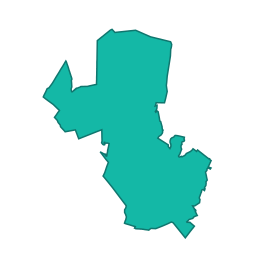 the district of San José Chiltepec, Oaxaca, Mexico, rotated 191°
{"feature_id": "50627088B5602491796839", "entity_name": "San José Chiltepec", "entity_type": "district", "adm_level": 2, "iso_a3": "MEX", "parent_name": "Mexico", "parent_adm1": "Oaxaca", "projection": "orthographic", "projection_center": [-96.132, 17.914], "detail": "fine", "context": "isolated", "style": "filled", "palette": "teal", "viewbox_px": 256, "rotation_deg": 191, "n_neighbors": 0, "source": "geoboundaries", "source_scale": "gbopen_adm2", "svg_char_len": 5379}
<svg xmlns="http://www.w3.org/2000/svg" viewBox="0 0 256 256"><g transform="rotate(191 128 128)"><path d="M213.2,152.4L214.7,151.3L214.9,151.1L215.2,149.8L215.7,147.7L216.4,145.2L216.6,144.5L217.1,142.3L216.4,141.9L215.9,141.7L215.7,141.6L215.4,141.4L214.3,140.8L213.4,140.4L212.4,139.9L206.6,137.2L205.8,136.8L203.2,135.1L200.3,133.2L199.0,132.4L198.6,132.1L199.8,129.8L200.7,127.6L201.1,126.7L201.6,125.7L202.2,124.4L198.9,122.0L197.6,120.0L195.0,117.9L194.8,117.1L194.4,116.3L189.7,112.9L189.0,112.3L179.3,116.1L174.3,108.0L156.8,119.2L154.5,120.6L153.4,121.3L152.5,117.2L151.9,114.3L151.5,112.6L151.1,110.7L151.0,110.3L151.1,108.4L149.6,107.1L148.7,106.8L148.3,106.9L148.3,107.2L147.9,107.1L147.7,107.2L147.7,107.7L148.3,108.0L148.3,108.4L148.6,109.3L148.2,109.5L148.0,108.9L147.8,108.7L147.5,108.7L146.3,109.0L145.8,109.3L144.3,109.2L144.0,109.1L143.6,109.1L143.6,107.5L143.6,106.5L143.6,106.1L143.6,105.8L143.6,104.8L143.7,104.5L143.6,104.0L143.7,103.4L143.6,103.2L143.7,102.6L143.8,102.3L143.6,101.7L143.6,101.3L143.6,98.2L143.5,97.1L143.6,96.6L143.6,96.4L144.0,96.5L144.2,96.3L144.4,96.5L144.4,96.8L144.4,97.0L144.8,97.3L144.8,97.6L145.0,97.7L145.0,98.0L145.3,98.0L145.4,97.6L145.7,97.9L145.9,97.9L146.0,97.8L146.1,98.0L146.4,97.9L150.8,99.3L148.6,97.4L143.5,92.8L143.2,92.6L142.2,91.8L140.7,90.5L141.5,86.1L142.3,79.8L143.1,76.6L143.3,76.1L137.7,71.5L131.8,66.5L114.9,51.3L114.9,49.2L115.7,47.1L115.2,44.4L113.8,42.6L112.6,40.4L112.7,37.5L113.0,36.3L113.3,33.9L112.7,33.7L110.1,33.4L109.6,33.4L106.8,33.1L105.3,32.9L104.3,32.8L102.0,32.6L102.5,31.0L101.0,30.6L97.6,31.1L96.3,31.2L96.2,31.3L94.9,31.4L94.5,31.4L94.4,31.4L93.5,31.5L92.1,31.5L90.8,31.6L89.5,31.7L88.2,31.7L88.2,31.8L86.3,33.8L81.6,34.5L75.9,38.1L71.3,41.2L69.5,42.5L67.5,44.0L65.6,43.6L50.8,31.1L47.8,37.1L47.5,37.7L47.4,38.0L46.1,40.4L45.9,40.9L45.3,41.9L44.7,43.1L44.1,44.3L47.8,46.4L49.3,47.3L49.5,47.0L50.3,46.9L51.0,47.1L51.5,46.8L52.0,47.1L52.2,46.9L52.8,46.5L50.6,49.8L50.3,50.0L49.9,50.2L47.2,51.6L46.4,53.2L45.1,54.3L44.2,54.8L43.3,55.3L43.8,55.9L44.0,56.2L45.4,58.1L45.5,58.2L45.5,58.5L45.9,58.7L46.0,58.9L45.7,60.1L45.9,60.3L46.4,60.8L47.1,60.5L47.5,61.4L47.8,61.9L48.4,62.3L48.7,62.7L49.0,63.1L49.2,63.3L49.7,63.9L47.7,64.2L43.5,68.3L43.7,71.6L43.8,71.7L44.2,72.1L44.6,72.8L44.7,73.4L44.7,73.9L44.5,74.6L44.5,74.9L44.4,75.1L44.0,78.1L43.7,79.2L43.8,80.7L43.7,81.1L43.2,81.7L42.4,81.8L41.0,81.2L40.8,82.8L41.5,82.7L41.4,84.0L41.2,85.0L40.6,86.3L40.7,87.9L40.8,88.8L41.2,90.1L40.3,92.0L41.6,95.0L41.9,95.9L43.3,99.0L43.5,99.7L43.1,100.3L42.8,100.8L42.5,101.3L42.5,102.0L42.6,102.9L42.4,103.4L41.9,104.0L41.7,104.0L41.3,104.0L39.4,103.4L38.9,104.6L41.8,105.1L41.4,106.7L40.9,108.9L40.5,110.5L40.2,111.9L40.7,112.1L41.4,112.5L41.6,112.9L41.7,113.1L41.9,113.2L42.2,113.4L42.6,113.1L43.2,113.4L45.5,114.5L46.3,115.0L47.2,115.4L48.0,115.8L48.9,116.3L49.7,116.7L50.5,117.1L52.2,118.0L53.1,118.4L53.8,118.8L55.5,119.7L56.3,118.1L56.9,118.5L57.9,118.9L59.5,119.7L59.7,119.8L60.2,120.0L60.6,119.1L61.0,118.4L61.9,117.3L62.1,117.0L62.3,116.8L62.7,116.5L64.9,114.8L65.3,114.5L65.6,114.3L65.8,114.2L66.2,113.4L67.0,111.9L69.5,110.0L70.0,110.4L70.9,110.0L71.5,109.5L72.1,109.3L72.5,109.4L72.8,109.6L73.0,110.0L73.0,110.6L72.7,110.9L72.2,112.3L71.9,113.9L71.7,115.3L71.5,116.4L71.3,117.5L71.7,118.1L72.1,118.7L72.3,119.4L72.5,120.3L72.5,121.4L72.3,121.9L71.9,122.1L71.9,122.3L72.1,122.8L72.3,123.4L72.4,124.2L72.2,124.7L71.9,125.0L71.1,125.2L70.8,125.5L70.3,126.0L70.2,126.5L70.3,127.0L70.6,127.4L70.9,127.7L71.0,128.3L70.8,128.8L70.9,129.7L75.8,129.9L78.6,129.9L80.3,129.7L81.0,128.7L81.3,127.9L82.0,127.4L83.0,126.8L84.0,125.5L84.2,124.2L84.2,123.2L84.0,122.1L83.8,121.5L83.1,120.7L82.6,119.4L82.4,118.1L82.6,116.8L82.9,115.8L85.0,117.5L85.1,118.3L85.2,119.1L96.8,123.7L96.3,125.1L95.9,125.8L94.3,127.3L93.4,129.2L93.2,130.2L93.4,130.8L93.4,131.2L93.2,132.4L93.7,132.3L93.8,132.8L94.6,134.9L94.7,135.6L97.2,140.6L98.1,140.9L99.1,143.7L101.5,149.7L102.9,150.4L103.7,148.8L104.3,149.3L103.5,151.5L103.4,153.0L103.8,155.8L105.5,154.8L105.2,156.9L105.2,158.2L104.7,158.3L97.0,159.7L96.7,164.0L96.5,171.3L98.5,177.1L98.7,179.9L99.4,186.3L99.8,198.5L100.1,206.8L100.9,212.2L101.1,213.7L100.9,214.7L100.9,216.6L101.0,217.5L101.0,218.2L101.8,219.6L102.7,220.8L123.4,221.8L139.2,225.4L159.1,219.3L162.5,221.8L164.0,220.7L174.4,208.4L174.8,207.9L171.7,190.5L171.6,190.1L171.2,187.4L171.2,187.2L170.7,184.7L170.3,182.5L170.0,181.0L170.0,180.6L169.7,179.2L169.5,178.1L169.3,176.7L169.1,175.7L169.0,175.3L168.5,172.1L168.4,171.5L168.3,171.0L168.2,170.5L168.1,170.0L168.0,169.5L167.9,169.0L167.9,168.5L167.7,167.5L167.6,166.7L167.2,164.8L168.0,164.5L171.3,163.1L171.7,162.9L174.3,161.8L174.5,161.7L175.4,161.2L181.8,159.8L182.4,159.6L183.1,158.8L184.1,158.3L186.2,156.9L187.1,155.8L187.1,156.2L188.1,154.9L189.4,153.1L189.9,152.8L190.3,152.9L191.3,155.3L191.0,157.4L191.0,157.6L192.0,161.6L192.3,162.6L192.7,164.1L192.4,164.9L192.4,165.1L192.7,166.1L193.4,167.3L193.6,167.7L193.7,167.9L193.9,168.1L194.4,169.1L195.3,170.7L195.9,171.8L196.4,172.7L197.0,173.7L198.1,175.9L198.3,176.2L198.6,176.8L199.5,178.3L199.9,178.9L200.2,179.4L200.2,179.5L200.7,180.4L200.8,180.6L201.2,181.2L201.8,181.9L202.4,180.3L202.9,178.8L203.4,177.5L203.7,176.6L204.6,174.3L205.1,173.1L206.3,169.6L206.8,168.3L207.5,166.5L208.3,164.4L208.9,162.7L209.6,160.7L210.8,157.5L213.2,152.4Z" fill="#14b8a6" stroke="#0f766e" stroke-width="1.5"/></g></svg>